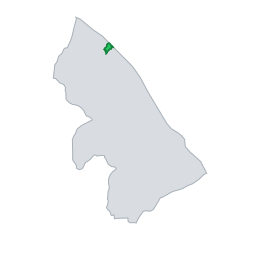 location of Upper Jloh, Grand Kru, Liberia, rotated 197°
{"feature_id": "62588387B65725534392235", "entity_name": "Upper Jloh", "entity_type": "district", "adm_level": 2, "iso_a3": "LBR", "parent_name": "Liberia", "parent_adm1": "Grand Kru", "projection": "albers", "projection_center": [-8.476, 4.828], "detail": "fine", "context": "in_parent", "style": "filled", "palette": "green", "viewbox_px": 256, "rotation_deg": 197, "n_neighbors": 0, "source": "geoboundaries", "source_scale": "gbopen_adm2", "svg_char_len": 3546}
<svg xmlns="http://www.w3.org/2000/svg" viewBox="0 0 256 256"><g transform="rotate(197 128 128)"><path d="M39.5,107.7L41.8,105.8L45.2,99.6L49.9,93.6L54.3,90.1L57.7,86.4L61.4,83.7L66.7,80.4L74.8,71.9L76.6,70.9L78.0,64.9L80.0,57.4L82.3,55.0L87.8,53.7L89.1,52.4L91.0,47.0L92.3,40.8L92.4,39.5L94.6,39.3L98.2,38.0L100.4,38.6L101.3,40.4L101.8,41.9L113.0,38.1L113.9,37.3L114.5,37.4L115.9,40.9L116.7,40.7L117.4,39.7L118.2,39.6L119.0,40.1L119.9,41.7L121.3,43.1L123.7,44.2L125.3,45.6L125.1,49.3L125.7,52.9L126.7,53.8L127.3,55.9L127.6,58.3L128.1,59.6L128.5,62.0L128.3,64.5L128.8,66.3L130.5,69.5L131.6,73.4L131.6,76.2L131.0,79.1L129.8,81.8L127.7,84.7L127.5,85.9L128.8,86.6L130.7,86.8L132.2,86.2L136.2,87.5L138.2,89.5L140.1,91.8L141.7,93.0L142.4,94.6L145.3,94.1L148.5,92.7L149.2,92.0L150.2,92.4L152.3,92.5L153.7,89.9L154.9,86.9L157.5,83.7L158.7,82.4L159.0,80.4L159.2,77.7L160.1,75.4L162.2,74.1L164.4,74.1L165.6,74.6L166.3,76.8L168.1,78.6L169.6,79.7L170.4,80.2L171.7,81.5L173.0,86.1L177.8,100.7L177.5,104.7L176.6,107.4L176.6,110.0L176.2,112.5L173.3,116.7L164.6,125.2L165.2,126.0L167.3,127.0L169.5,127.5L171.2,127.2L173.4,129.4L175.7,132.0L178.2,133.4L181.8,134.7L184.9,134.8L187.6,134.3L191.4,134.9L195.4,137.1L196.8,140.7L197.8,143.9L199.2,145.6L199.4,148.3L202.2,150.8L206.3,151.2L211.6,154.1L212.9,153.9L213.5,153.6L214.1,154.1L215.5,162.3L216.5,166.7L216.0,168.5L215.3,169.9L215.2,176.5L212.9,180.3L212.5,184.5L211.8,185.9L209.3,187.1L209.2,190.3L208.6,194.2L208.3,198.3L209.0,209.1L209.2,217.2L210.3,218.7L205.4,218.1L190.7,211.9L179.4,208.4L141.7,188.2L131.3,180.1L119.2,168.1L92.4,143.8L86.3,139.9L78.6,138.0L73.8,135.9L70.5,133.6L67.8,126.9L61.1,122.9L48.7,117.2L39.5,107.7Z" fill="#d9dde1" stroke="#a8b0b8" stroke-width="1"/><path d="M170.7,192.5L170.5,192.8L170.5,193.0L170.4,193.1L170.5,193.2L170.5,193.3L170.5,193.5L170.4,193.6L170.2,193.8L170.2,194.0L170.0,194.4L170.0,194.5L169.9,194.8L169.9,195.0L169.7,195.3L169.6,195.5L169.5,195.8L169.6,196.0L169.5,196.3L169.4,196.5L169.3,196.9L169.2,196.9L169.1,197.0L168.9,197.2L168.8,197.3L168.7,197.3L168.7,197.5L168.6,197.8L168.6,198.0L168.4,198.1L168.2,198.3L167.8,198.4L167.6,198.4L167.5,198.5L167.4,198.5L167.2,198.6L167.1,198.8L167.0,199.0L167.0,199.3L167.1,199.5L167.3,199.7L167.2,199.8L167.1,200.0L167.1,200.4L167.2,200.5L167.3,200.6L167.2,200.6L167.1,200.8L166.9,200.7L166.7,200.6L166.4,200.8L166.2,200.9L166.0,201.0L165.9,201.0L166.1,201.2L166.3,201.3L166.5,201.4L166.7,201.5L166.9,201.5L167.0,201.6L167.3,201.7L167.3,201.8L167.5,201.8L168.1,202.1L168.3,202.1L168.6,202.3L168.7,202.5L168.8,202.6L169.0,202.8L169.3,202.9L169.5,203.0L169.8,203.2L169.8,203.3L170.0,203.5L170.3,203.4L170.4,203.5L170.5,203.6L170.8,203.6L171.0,203.6L171.3,203.5L171.4,203.4L171.6,203.3L171.8,203.2L172.0,203.0L172.1,202.9L172.2,202.7L172.1,202.4L172.2,202.2L172.1,201.9L172.3,201.8L172.5,201.7L172.7,201.4L172.5,201.2L172.5,200.9L172.5,200.7L172.3,200.5L172.3,200.4L172.3,200.2L172.4,199.9L172.3,199.7L172.3,199.4L172.4,199.2L172.6,198.9L172.7,198.7L172.8,198.5L173.1,198.3L173.3,198.0L173.5,197.8L173.6,197.6L173.7,197.3L173.8,197.1L173.7,196.9L173.7,196.7L173.7,196.4L173.8,196.1L173.7,196.1L173.4,196.1L173.2,196.3L172.9,196.3L172.7,196.4L172.4,196.1L172.2,196.0L172.2,195.9L171.9,195.7L172.0,195.6L171.9,195.6L171.7,195.6L171.7,195.4L171.6,195.2L171.6,194.9L171.6,194.7L171.6,194.4L171.5,194.2L171.4,194.1L171.5,194.1L171.4,194.0L171.3,193.9L171.1,193.8L171.1,193.7L171.0,193.4L171.0,193.2L170.9,193.0L170.9,192.9L170.8,192.7L170.7,192.5L170.7,192.5Z" fill="#22c55e" stroke="#15803d" stroke-width="1.5"/></g></svg>